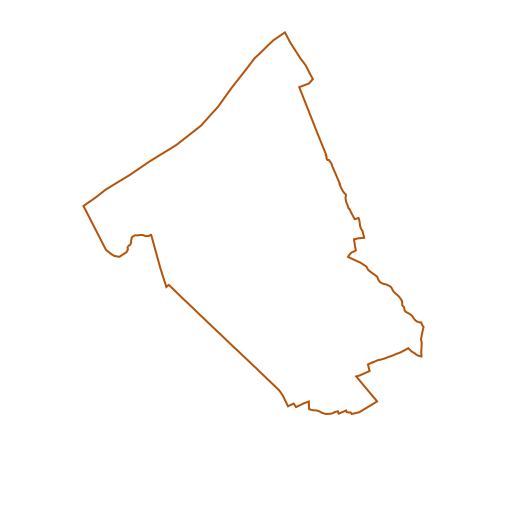 the district of Sabanagrande, Atlántico, Colombia, rotated 243°
{"feature_id": "7082276B21965352685989", "entity_name": "Sabanagrande", "entity_type": "district", "adm_level": 2, "iso_a3": "COL", "parent_name": "Colombia", "parent_adm1": "Atlántico", "projection": "orthographic", "projection_center": [-74.78, 10.803], "detail": "fine", "context": "isolated", "style": "outline", "palette": "amber", "viewbox_px": 512, "rotation_deg": 243, "n_neighbors": 0, "source": "geoboundaries", "source_scale": "gbopen_adm2", "svg_char_len": 6074}
<svg xmlns="http://www.w3.org/2000/svg" viewBox="0 0 512 512"><g transform="rotate(243 256 256)"><path d="M107.5,216.3L107.6,217.9L107.4,222.6L103.2,223.1L103.0,231.7L102.4,237.0L95.6,233.8L95.3,234.0L93.6,235.6L92.7,236.8L92.2,237.7L91.4,238.9L90.8,239.8L90.2,240.6L89.3,241.4L88.7,242.0L87.8,242.6L87.0,243.1L86.3,243.7L85.7,244.2L85.1,244.8L84.3,245.6L83.7,246.4L83.1,247.4L82.7,248.4L82.2,249.4L81.9,250.3L81.6,251.0L81.4,251.8L81.2,252.4L81.1,253.3L81.1,253.7L81.1,254.4L81.2,255.2L80.5,258.4L78.0,258.1L77.4,266.2L75.6,266.0L73.4,269.4L71.8,269.5L69.9,277.1L71.4,297.4L71.5,297.9L103.2,290.6L102.5,294.0L101.9,305.0L108.5,306.5L108.4,311.8L108.1,311.8L108.1,312.1L108.1,312.5L108.1,313.4L108.0,314.3L108.0,315.4L107.9,316.4L107.8,317.2L107.7,318.3L107.2,319.4L106.9,321.0L106.7,321.7L106.3,324.0L106.1,326.1L105.9,328.1L105.6,330.1L105.4,331.5L105.3,332.7L105.2,333.8L105.1,335.2L105.1,336.3L105.0,337.4L104.8,338.3L104.7,338.6L104.7,339.0L104.7,339.7L104.5,340.8L104.5,341.7L104.5,342.1L104.5,343.1L104.7,349.9L103.1,350.3L101.8,350.8L100.9,351.1L100.0,351.5L99.3,351.9L98.6,352.3L97.8,352.9L97.2,353.3L96.7,353.5L96.0,353.8L95.4,354.0L94.6,354.5L93.4,355.5L92.9,356.0L92.1,356.9L91.8,357.3L91.4,357.8L91.7,358.0L93.1,358.6L95.2,359.5L96.6,360.3L97.5,360.8L98.2,361.3L100.1,362.4L103.2,364.1L103.6,364.3L105.5,364.8L106.9,365.2L107.8,365.9L109.9,367.5L111.6,368.9L112.3,369.4L114.5,371.2L115.8,372.3L116.8,373.1L117.1,373.0L118.1,372.8L119.5,372.8L121.1,372.9L121.9,373.0L122.2,372.5L122.5,371.7L123.1,371.0L123.6,370.6L124.0,370.3L124.4,369.9L125.1,369.4L125.9,369.0L126.9,368.6L127.6,368.5L128.3,368.3L129.6,368.2L130.5,368.1L131.0,368.1L131.8,367.9L132.5,367.6L133.5,367.2L134.3,366.7L135.1,366.3L136.2,365.5L137.1,364.9L138.0,364.3L139.0,363.9L139.8,363.8L140.5,363.8L141.2,364.0L142.1,364.4L142.8,364.6L143.2,364.6L143.6,364.5L144.4,364.2L145.2,364.0L145.8,364.0L146.4,364.3L147.4,364.8L148.5,365.2L148.9,365.2L149.2,365.6L150.9,365.6L152.4,365.4L153.8,365.2L155.2,364.9L157.1,364.2L158.7,363.6L160.1,363.0L161.1,362.6L162.0,362.4L162.7,362.4L163.9,362.3L165.1,362.3L166.3,362.3L166.8,362.2L167.5,362.0L168.5,361.4L169.4,360.8L170.4,360.0L171.6,359.0L172.6,357.8L173.7,356.6L174.7,355.7L175.3,355.3L175.8,355.1L176.4,354.8L177.4,354.5L177.9,354.4L178.7,354.3L179.6,354.2L180.6,354.3L181.0,354.3L181.4,354.4L182.0,354.5L182.3,354.6L182.8,354.5L183.6,354.1L184.6,353.6L185.9,352.9L187.5,352.1L189.2,351.2L191.3,350.2L192.1,349.9L192.8,349.7L193.6,349.6L195.4,349.6L196.0,349.6L196.5,349.5L196.9,349.3L198.0,348.7L199.9,347.6L201.3,346.8L202.9,345.9L204.2,344.8L205.7,343.6L207.2,342.4L208.9,341.1L210.7,339.6L212.8,338.1L213.4,337.6L213.9,338.4L214.8,339.9L215.2,341.0L215.6,342.0L215.7,342.5L215.7,343.6L215.6,346.5L215.6,347.4L216.5,347.7L218.3,348.3L220.8,349.0L223.4,349.9L225.5,350.6L226.4,350.9L225.9,352.7L225.4,355.0L225.1,355.7L224.5,357.1L223.5,359.6L223.1,360.6L224.1,360.9L226.0,361.3L227.1,361.6L228.5,361.9L229.0,362.0L229.6,362.2L229.9,362.2L230.3,362.2L230.7,362.1L231.8,362.0L232.7,362.0L234.5,362.2L235.7,362.4L237.0,362.9L238.3,363.4L240.0,364.0L240.9,364.2L242.0,364.5L243.4,364.6L243.8,361.5L243.9,360.9L244.1,360.6L246.9,360.6L252.1,360.5L255.5,360.6L255.8,360.3L256.2,360.2L256.7,360.1L257.3,360.3L258.8,360.5L260.3,360.7L262.4,360.8L264.2,361.2L266.1,361.7L267.2,362.2L268.2,362.9L268.9,363.5L269.3,363.7L269.7,363.9L270.3,363.9L271.3,363.5L271.9,363.3L273.4,363.0L274.9,362.8L276.6,362.8L278.1,362.7L279.5,362.9L280.2,362.9L280.8,363.0L281.1,363.0L281.8,363.0L282.2,363.1L282.2,363.5L282.3,363.5L283.8,363.6L285.3,363.7L287.0,363.8L288.4,363.9L288.8,363.9L291.1,364.1L291.7,364.1L292.7,364.2L294.9,364.3L295.6,364.3L296.6,364.4L298.8,364.6L299.9,364.6L301.3,364.7L302.6,365.0L303.6,365.0L304.6,365.1L304.9,365.1L305.5,365.0L306.5,364.9L307.0,364.8L307.2,364.7L307.9,364.6L308.4,364.6L308.5,364.4L308.4,364.2L309.2,363.2L311.3,363.2L311.6,363.5L312.0,363.8L312.5,363.9L313.2,363.9L314.0,363.9L314.0,364.4L314.9,364.5L334.8,366.2L386.8,371.2L385.7,381.4L387.8,387.0L393.8,386.8L403.5,386.8L411.7,385.3L431.2,383.4L442.1,383.3L440.3,369.3L438.4,362.8L434.9,351.9L432.9,344.6L425.8,329.9L417.1,311.0L406.1,289.7L402.4,279.8L397.1,266.2L394.8,254.4L391.1,235.5L390.4,227.3L389.6,216.7L388.6,204.6L388.0,199.5L385.5,180.3L384.2,162.4L383.3,151.7L381.2,141.1L380.6,137.5L378.9,125.0L378.6,125.0L329.5,125.1L329.4,125.2L327.3,126.2L326.6,126.5L325.9,126.9L325.1,127.1L324.4,127.5L323.7,127.8L323.0,128.1L321.8,129.0L320.8,129.5L320.1,129.9L319.9,130.6L319.4,131.2L318.8,131.8L318.3,132.5L317.8,133.2L317.3,133.8L317.4,135.3L317.7,136.9L317.7,137.9L317.8,138.8L317.8,139.5L318.1,141.1L318.1,141.9L318.4,142.6L318.8,143.3L319.7,144.5L320.4,144.9L320.4,145.0L321.0,145.1L321.7,145.3L322.3,146.0L322.7,146.7L323.0,147.4L323.1,149.0L324.1,150.2L325.3,151.2L326.0,151.6L326.8,151.9L327.3,152.5L328.0,153.0L328.6,153.5L329.1,154.2L329.2,155.1L329.4,155.9L329.3,156.7L329.3,157.4L329.1,158.2L328.5,159.1L328.1,160.0L327.9,160.8L327.6,161.5L327.3,162.2L327.0,162.9L326.7,163.6L326.3,164.2L325.8,164.9L325.2,165.4L324.6,166.0L324.0,166.6L323.6,167.2L322.9,168.6L322.5,170.1L322.5,170.9L322.7,171.7L322.4,172.2L287.3,165.0L285.6,164.8L284.1,164.5L280.4,163.9L274.9,163.0L270.9,162.4L269.1,162.0L269.2,162.6L269.7,164.4L269.9,165.0L268.7,165.6L265.0,166.9L262.3,167.8L260.2,168.5L255.5,170.1L253.4,170.8L250.5,171.8L248.4,172.6L245.6,173.6L241.0,175.2L238.2,176.2L236.6,176.7L232.9,178.0L228.8,179.4L228.4,179.6L224.5,181.0L218.0,183.2L216.1,183.9L212.6,185.1L210.7,185.8L207.2,187.0L203.6,188.3L199.8,189.7L197.7,190.4L193.8,191.7L192.6,192.2L189.3,193.3L185.2,194.7L180.8,196.4L177.9,197.4L176.3,198.0L175.7,198.2L172.4,199.3L171.3,199.8L170.5,200.0L167.3,201.2L166.1,201.6L163.7,202.5L161.9,203.0L160.3,203.6L158.3,204.3L156.4,205.1L154.0,205.9L151.7,206.6L150.4,207.1L148.1,207.9L146.1,208.6L143.8,209.4L141.6,210.1L140.1,210.7L138.2,211.4L136.4,212.0L134.9,212.5L132.4,213.4L128.4,214.7L126.1,215.6L125.1,215.7L124.8,215.8L123.1,216.1L120.0,216.4L119.2,216.5L117.4,216.5L114.2,216.4L107.5,216.3Z" fill="none" stroke="#b45309" stroke-width="2"/></g></svg>